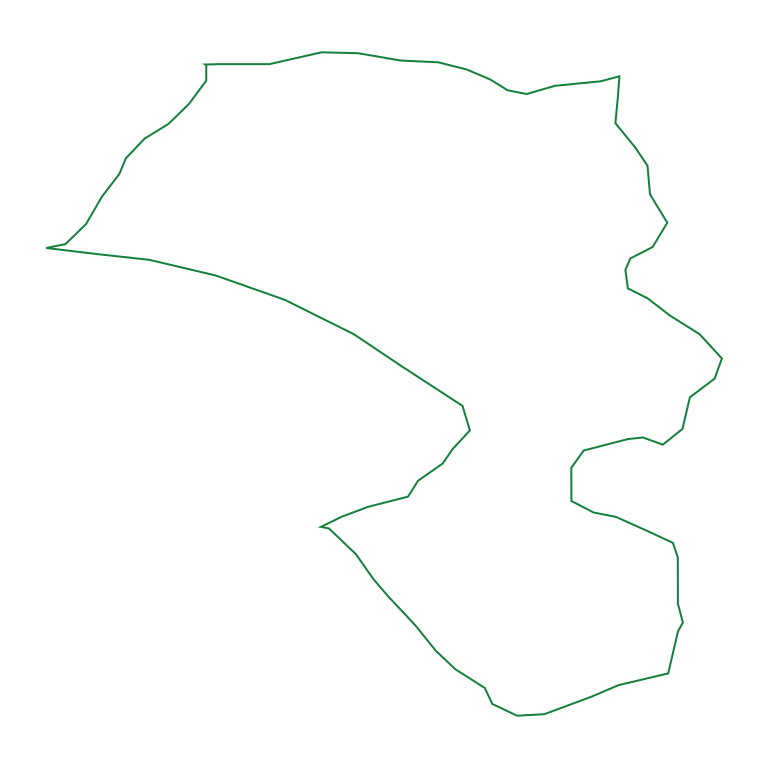 Sandviken, Gävleborg, Sweden
{"feature_id": "70781695B54333453376025", "entity_name": "Sandviken", "entity_type": "district", "adm_level": 2, "iso_a3": "SWE", "parent_name": "Sweden", "parent_adm1": "Gävleborg", "projection": "equal_earth", "projection_center": [16.677, 60.515], "detail": "fine", "context": "isolated", "style": "outline", "palette": "green", "viewbox_px": 768, "rotation_deg": 0, "n_neighbors": 0, "source": "geoboundaries", "source_scale": "gbopen_adm2", "svg_char_len": 1149}
<svg xmlns="http://www.w3.org/2000/svg" viewBox="0 0 768 768"><path d="M205.2,64.5L206.3,65.2L206.2,80.7L189.0,103.9L168.5,123.9L144.8,138.4L125.8,158.4L119.4,173.9L102.0,196.6L86.1,224.0L65.5,244.1L46.1,248.0L97.2,254.1L149.1,259.8L215.7,275.5L284.7,299.8L353.8,334.2L400.8,365.7L462.5,405.9L469.9,430.4L452.6,449.1L442.7,463.5L418.0,480.8L408.1,496.6L368.5,506.7L341.3,516.9L320.9,526.9L328.9,528.4L356.1,554.4L373.4,579.1L388.3,596.5L415.5,625.5L435.3,650.2L455.1,669.1L484.8,688.0L492.3,704.0L514.1,714.3L517.1,715.7L544.3,714.2L591.4,696.7L618.6,685.1L668.2,673.4L678.0,631.3L682.9,622.6L677.9,603.7L677.8,557.3L672.9,542.9L648.1,531.3L615.9,516.9L593.6,512.5L571.4,501.0L571.3,467.8L583.7,450.5L628.2,439.0L643.0,437.5L662.8,444.7L682.5,428.9L689.9,397.3L714.6,378.6L721.9,358.5L699.6,334.2L670.0,315.6L647.7,298.4L627.9,288.4L625.4,269.8L630.4,258.4L652.6,247.0L667.3,222.7L650.0,194.3L647.5,165.8L635.1,147.3L615.4,123.2L617.8,97.7L619.4,76.3L600.7,81.3L555.0,85.8L526.6,94.0L507.7,90.3L490.3,79.5L466.7,69.5L438.3,62.3L400.4,60.5L357.9,53.2L321.6,52.3L269.5,64.1L220.7,64.1L205.2,64.5Z" fill="none" stroke="#15803d" stroke-width="2"/></svg>